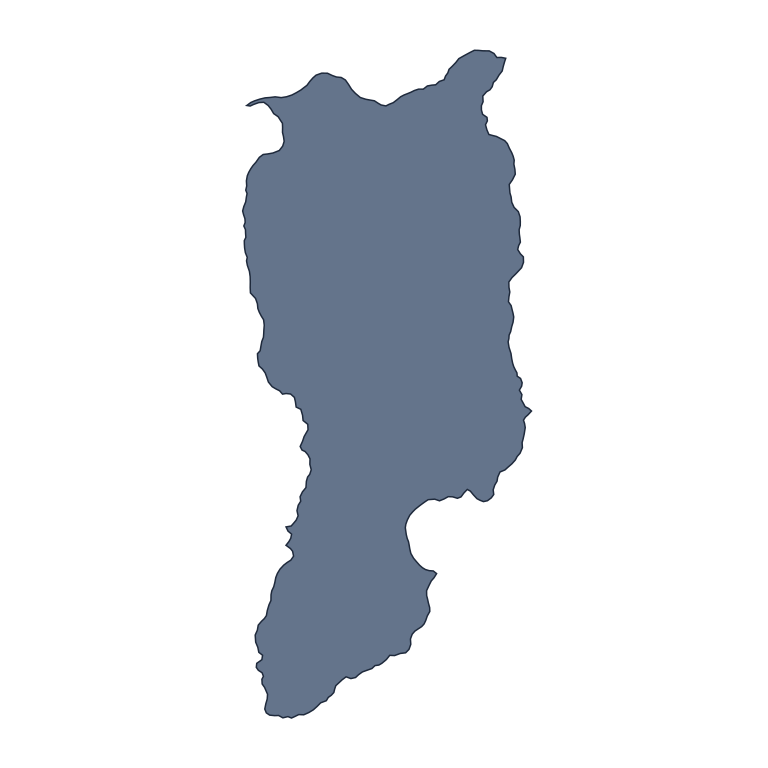 outline of Comendador Gomes, Minas Gerais, Brazil, rotated 262°
{"feature_id": "56859067B18918889331933", "entity_name": "Comendador Gomes", "entity_type": "district", "adm_level": 2, "iso_a3": "BRA", "parent_name": "Brazil", "parent_adm1": "Minas Gerais", "projection": "albers", "projection_center": [-49.083, -19.671], "detail": "fine", "context": "isolated", "style": "filled", "palette": "slate", "viewbox_px": 768, "rotation_deg": 262, "n_neighbors": 0, "source": "geoboundaries", "source_scale": "gbopen_adm2", "svg_char_len": 5239}
<svg xmlns="http://www.w3.org/2000/svg" viewBox="0 0 768 768"><g transform="rotate(262 384 384)"><path d="M72.0,224.7L70.8,229.6L70.4,233.5L67.5,237.4L68.0,242.6L66.1,245.9L67.1,249.3L68.5,253.6L67.6,258.5L69.1,263.8L71.2,268.7L74.1,273.0L77.1,276.9L78.4,282.8L81.4,285.2L83.1,288.5L85.5,291.4L88.8,292.7L92.0,294.3L94.2,297.5L96.8,301.2L99.3,305.7L96.9,310.2L97.3,315.0L99.7,318.4L101.9,322.6L103.1,328.4L103.9,332.4L106.4,335.9L106.4,339.8L107.7,343.0L110.8,348.0L114.5,351.9L113.6,356.7L114.9,362.6L114.8,368.0L117.7,371.8L122.5,374.3L127.8,374.7L132.3,377.1L135.0,380.2L136.6,383.5L138.5,387.5L140.7,390.2L143.8,392.3L148.3,394.6L152.4,397.7L156.2,398.1L160.9,397.5L165.0,397.2L168.5,396.8L173.4,397.4L178.2,400.5L182.4,403.4L185.1,406.5L188.9,409.7L192.0,406.8L192.9,402.7L194.5,399.2L196.8,396.4L199.6,394.0L203.4,391.5L207.4,389.0L212.5,387.0L217.1,386.6L220.9,386.5L224.5,386.3L227.8,385.5L231.8,385.1L238.7,385.1L242.1,386.1L246.1,388.2L250.4,391.2L253.3,394.5L255.7,397.6L258.7,402.7L261.2,407.3L263.3,411.6L262.9,418.2L260.6,422.7L261.8,427.5L263.5,431.9L262.7,436.3L260.6,440.8L261.5,444.6L264.9,447.9L268.0,451.8L265.9,454.6L261.8,457.1L257.5,460.1L255.5,462.9L253.7,466.1L254.0,470.2L256.3,474.4L259.3,477.3L264.0,477.4L268.5,479.6L272.0,482.4L275.9,483.6L280.7,486.6L282.1,491.9L284.1,494.8L287.2,499.6L290.5,503.5L293.7,505.8L296.5,509.1L301.7,512.2L306.7,512.6L310.2,514.1L315.0,515.9L321.2,517.8L325.3,517.7L328.8,517.1L331.5,519.4L333.5,522.4L336.7,526.3L339.6,523.9L341.9,520.6L345.2,519.4L349.7,517.7L354.3,519.1L359.1,517.2L362.7,520.0L366.0,521.0L370.5,520.0L373.2,517.0L376.5,517.2L379.7,516.0L383.1,514.9L386.6,514.3L391.1,514.0L396.5,514.0L403.0,512.9L408.5,512.8L411.6,514.0L415.0,514.7L418.2,516.7L423.1,518.5L427.2,520.4L432.3,521.8L436.3,521.6L439.8,521.2L443.9,520.8L448.1,518.7L453.1,519.9L457.6,521.4L462.3,521.2L467.6,521.8L471.6,525.6L474.6,529.7L477.0,532.7L480.0,536.4L485.1,539.1L490.5,539.7L493.9,537.2L498.6,535.1L502.3,536.6L505.5,538.8L509.9,538.9L513.7,538.9L518.0,539.3L522.0,541.0L525.9,541.6L530.6,542.0L536.0,541.0L540.8,537.4L546.2,535.8L551.6,535.9L555.7,535.3L559.2,535.5L564.2,535.8L568.3,539.6L573.5,543.2L578.3,543.5L583.7,543.2L587.5,544.1L591.6,543.6L595.2,542.7L600.2,540.9L604.9,539.6L608.2,537.4L610.7,533.8L613.5,529.8L615.0,526.1L616.5,522.6L621.2,521.3L626.6,520.6L630.2,523.0L633.7,523.1L637.3,519.2L641.8,518.6L646.1,519.2L649.7,521.4L655.4,521.9L659.1,526.2L660.6,529.9L663.3,532.5L667.4,534.3L669.6,537.5L673.9,540.9L677.5,544.6L681.9,546.3L686.4,548.3L689.6,549.9L691.1,545.6L691.6,541.2L696.0,538.9L699.2,534.6L700.2,528.2L701.2,524.1L701.9,519.9L700.3,515.2L698.0,509.0L695.8,503.4L692.4,499.9L689.0,495.6L686.6,492.2L683.2,490.5L680.4,487.8L676.9,485.9L675.9,480.9L673.1,476.8L673.3,472.8L673.1,468.4L670.5,463.9L671.2,459.3L670.4,454.9L669.2,451.3L668.3,447.8L667.4,444.0L666.1,440.4L663.7,436.5L661.3,432.3L660.3,428.1L659.1,424.6L660.7,420.0L662.8,417.3L665.8,413.9L667.1,409.8L668.5,405.6L671.0,400.4L675.8,396.1L680.3,392.9L685.5,390.6L690.4,388.1L693.5,384.3L694.6,379.7L696.7,375.7L699.6,371.3L700.5,365.6L699.3,359.7L697.0,356.2L693.9,352.6L690.5,349.3L688.5,345.7L686.7,342.6L684.7,337.8L683.0,333.0L682.0,327.5L681.9,322.1L683.5,316.2L683.6,311.1L683.9,306.1L683.4,300.7L682.4,295.2L681.3,291.3L678.9,286.9L677.9,290.2L679.0,293.8L680.1,299.2L679.7,304.2L675.9,308.1L671.7,310.5L667.1,312.4L663.4,316.4L659.4,318.2L656.3,319.7L652.3,319.3L647.3,318.5L643.0,318.9L638.2,318.9L633.7,316.8L629.8,312.8L628.2,306.2L628.0,300.7L628.1,296.3L625.8,292.1L621.4,288.0L618.6,284.7L615.9,282.2L612.4,279.5L609.2,277.6L604.3,276.0L599.2,275.6L595.2,274.1L591.6,274.9L588.5,273.8L583.6,272.4L579.3,269.9L575.0,268.1L571.3,268.5L567.0,269.3L563.3,269.0L560.0,267.2L556.1,268.3L552.6,267.9L548.4,267.6L545.4,265.6L542.0,265.2L538.2,264.9L533.3,265.0L528.4,266.2L525.1,265.0L520.5,265.2L514.3,266.4L508.9,266.4L503.8,265.8L498.0,264.9L492.8,264.4L489.9,266.4L486.6,268.7L481.1,269.8L476.3,269.6L472.4,270.5L468.2,272.0L464.4,273.7L458.9,273.6L453.9,272.5L450.7,271.9L447.0,271.1L443.1,268.9L438.3,267.3L434.2,266.0L431.6,262.9L427.1,262.5L423.3,262.5L419.3,262.7L415.7,265.7L411.5,267.9L406.9,268.9L402.0,269.8L396.9,272.9L394.3,276.1L391.8,279.7L388.1,282.1L388.2,285.7L387.1,290.1L383.2,293.4L378.8,293.8L373.4,293.8L370.5,298.1L364.4,299.0L359.1,298.8L354.7,302.9L349.3,302.4L343.1,297.6L338.5,295.3L333.8,292.3L330.0,293.6L328.1,296.5L324.5,298.8L320.2,300.3L314.7,299.4L309.2,300.0L304.9,297.9L302.5,295.4L298.5,293.6L292.3,292.3L288.5,288.2L284.0,285.2L279.5,285.2L275.9,282.2L270.7,280.2L265.4,280.6L261.4,278.1L258.6,275.0L256.3,272.3L256.1,267.1L251.6,268.5L248.2,271.6L244.2,270.2L241.3,268.0L237.9,264.5L234.0,268.5L231.1,270.2L226.1,270.5L222.5,267.2L220.8,263.4L218.6,259.5L215.2,255.3L211.3,252.1L207.4,249.9L202.7,248.3L198.6,246.6L194.8,244.1L191.0,242.8L185.3,241.9L181.4,239.4L175.9,236.9L171.0,235.3L168.4,232.9L166.0,229.6L162.7,225.9L157.8,224.3L153.3,221.5L146.2,221.0L140.8,222.4L135.7,222.7L132.3,226.0L128.0,224.7L125.1,219.1L121.2,218.1L118.0,219.7L115.0,223.1L111.3,223.9L108.6,222.0L103.9,221.6L100.2,223.5L96.6,224.5L93.0,225.5L88.3,224.5L83.6,222.4L78.7,220.7L74.7,221.7L72.0,224.7Z" fill="#64748b" stroke="#1e293b" stroke-width="1.5"/></g></svg>